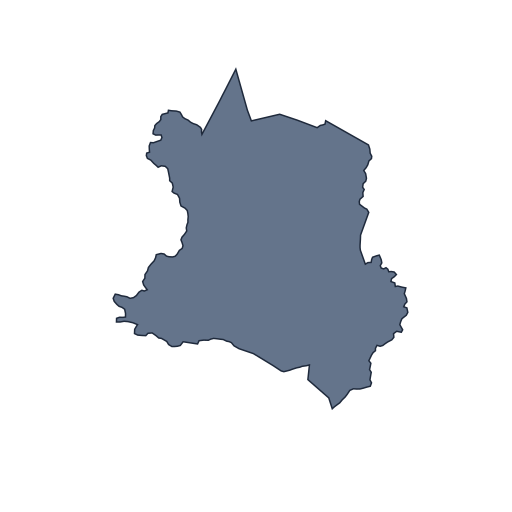 outline of Lagarto, Sergipe, Brazil, rotated 239°
{"feature_id": "56859067B5809148773730", "entity_name": "Lagarto", "entity_type": "district", "adm_level": 2, "iso_a3": "BRA", "parent_name": "Brazil", "parent_adm1": "Sergipe", "projection": "orthographic", "projection_center": [-37.666, -10.882], "detail": "fine", "context": "isolated", "style": "filled", "palette": "slate", "viewbox_px": 512, "rotation_deg": 239, "n_neighbors": 0, "source": "geoboundaries", "source_scale": "gbopen_adm2", "svg_char_len": 3704}
<svg xmlns="http://www.w3.org/2000/svg" viewBox="0 0 512 512"><g transform="rotate(239 256 256)"><path d="M365.3,349.3L367.2,343.4L374.2,321.6L385.4,323.7L426.5,334.9L413.8,314.6L411.0,310.0L408.4,305.9L406.5,302.8L388.1,272.3L390.3,273.1L392.5,274.6L394.9,274.6L399.0,272.8L401.8,270.4L404.4,268.8L407.4,267.8L410.3,265.8L413.0,264.7L415.6,264.9L418.5,264.9L421.3,262.3L423.9,258.5L426.0,256.0L424.0,254.2L424.7,251.9L425.7,248.6L424.5,246.2L421.9,244.6L421.0,242.3L420.7,239.0L419.9,236.5L417.9,235.0L416.4,232.6L413.8,230.7L411.3,232.3L410.2,234.3L408.6,237.0L406.0,236.4L404.3,234.0L405.2,229.9L405.9,226.4L407.6,224.0L405.3,221.1L402.2,219.4L399.8,218.2L400.5,215.3L398.5,213.7L395.6,213.2L392.4,215.2L388.0,216.1L385.1,217.1L382.5,217.8L382.1,221.3L379.6,224.4L376.3,225.3L373.6,224.4L370.8,223.4L367.2,222.1L365.0,220.8L361.6,221.8L357.7,220.5L354.5,217.3L352.2,218.1L349.2,220.4L344.9,220.2L341.3,218.4L337.5,217.5L333.6,219.8L330.4,220.5L327.8,219.6L324.7,218.2L322.0,216.2L319.9,215.0L318.4,213.0L316.0,210.7L313.1,209.5L311.4,205.8L310.3,202.3L308.5,200.0L305.4,199.5L302.4,198.7L300.5,196.6L300.3,193.2L298.2,189.4L297.4,186.6L298.2,183.9L300.2,181.0L302.0,179.2L305.0,178.3L307.1,175.9L308.5,171.2L306.2,169.0L304.3,166.2L303.1,161.9L301.6,157.9L299.1,155.3L297.3,151.3L294.2,149.3L292.5,145.7L289.1,144.8L286.2,145.0L283.1,145.4L283.5,142.2L285.4,140.5L285.3,137.1L283.7,133.1L283.4,129.5L284.6,126.2L287.5,124.4L289.5,122.2L291.2,120.1L293.7,118.1L295.8,115.7L293.3,111.8L290.1,111.1L286.2,111.8L283.4,112.7L281.0,114.7L278.0,116.0L274.0,114.6L270.9,112.7L271.9,110.4L273.8,107.4L274.4,104.4L271.3,102.4L269.4,105.6L268.0,109.3L265.6,112.6L262.2,116.1L258.2,119.1L257.0,116.7L255.7,114.3L252.1,111.9L249.1,113.9L246.7,117.2L244.5,120.5L245.4,123.6L243.5,127.4L239.2,129.3L235.8,130.4L234.1,132.5L232.0,133.7L228.7,135.5L225.1,135.5L221.7,137.3L220.3,139.7L219.1,142.2L218.3,145.0L220.0,149.4L210.7,160.6L212.7,163.6L210.8,167.9L208.3,171.8L208.1,174.2L207.2,177.2L205.1,180.0L203.1,182.5L201.3,184.9L198.1,187.0L196.4,188.9L194.4,190.3L190.3,190.9L188.0,192.2L185.3,193.7L173.7,203.5L153.3,214.2L144.5,218.4L142.5,220.3L141.6,223.2L140.7,226.2L140.3,228.6L139.2,233.3L138.1,236.3L137.7,238.7L136.0,242.7L135.1,245.7L123.3,236.8L106.8,242.1L96.9,245.3L85.8,242.7L86.4,245.7L86.7,248.6L87.0,252.1L88.3,255.8L89.2,259.7L90.5,263.0L92.5,267.2L92.0,271.1L90.1,273.8L88.4,276.8L87.5,279.8L86.6,283.3L85.5,286.9L87.8,289.7L91.2,289.9L94.0,292.3L97.0,294.9L100.1,294.8L102.9,297.4L104.9,299.2L108.1,298.8L110.1,301.8L111.7,304.2L112.9,306.7L113.3,309.6L115.4,310.9L117.1,313.7L114.7,315.9L114.0,318.6L114.3,321.1L114.5,324.5L114.2,329.2L115.3,332.3L118.6,333.9L119.0,337.8L115.8,341.3L117.2,343.7L120.0,343.8L123.1,343.9L125.2,346.2L127.1,348.8L127.5,351.8L127.8,354.3L129.5,357.1L133.8,358.6L136.4,356.5L138.1,358.8L139.0,361.8L142.2,363.1L147.3,363.7L149.4,366.0L151.5,368.0L154.1,365.1L157.2,362.1L158.1,359.7L161.4,361.1L164.6,358.5L166.8,360.6L167.0,363.8L167.8,366.8L171.1,366.2L173.0,364.0L174.1,361.7L176.8,362.2L179.0,361.4L179.2,358.8L181.2,357.1L183.7,357.5L185.3,360.3L188.3,361.4L190.9,361.8L193.3,362.1L194.1,359.3L194.9,355.3L193.5,353.4L191.2,351.4L192.7,348.5L192.7,345.5L207.1,348.4L209.4,349.4L211.6,350.7L216.7,354.2L220.1,356.4L235.3,375.1L239.1,375.1L241.2,373.7L243.5,372.8L247.0,371.4L249.4,372.5L251.1,374.3L251.9,378.5L255.3,380.2L257.3,383.0L260.0,382.8L262.8,385.1L263.6,388.6L265.7,390.7L267.8,391.5L270.1,392.4L273.8,392.4L275.0,395.9L276.6,398.8L279.3,401.7L280.0,405.1L281.9,406.6L285.3,406.8L289.0,408.6L293.3,409.6L336.1,385.4L333.5,383.1L334.0,380.6L334.8,378.4L334.5,374.5L351.1,361.4L365.3,349.3Z" fill="#64748b" stroke="#1e293b" stroke-width="1.5"/></g></svg>